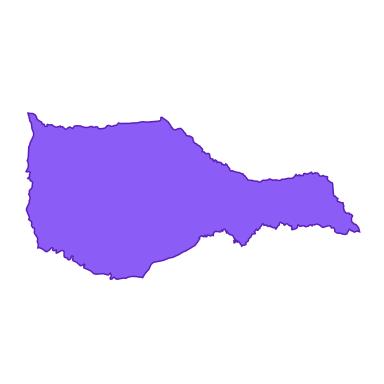 the district of Dbarwa, Debub, Eritrea, rotated 178°
{"feature_id": "51966322B75785084399425", "entity_name": "Dbarwa", "entity_type": "district", "adm_level": 2, "iso_a3": "ERI", "parent_name": "Eritrea", "parent_adm1": "Debub", "projection": "mercator", "projection_center": [38.641, 15.102], "detail": "fine", "context": "isolated", "style": "filled", "palette": "violet", "viewbox_px": 384, "rotation_deg": 178, "n_neighbors": 0, "source": "geoboundaries", "source_scale": "gbopen_adm2", "svg_char_len": 6053}
<svg xmlns="http://www.w3.org/2000/svg" viewBox="0 0 384 384"><g transform="rotate(178 192 192)"><path d="M213.5,263.0L219.3,267.6L219.9,267.7L220.5,267.5L220.6,265.6L220.9,264.8L222.5,264.0L234.7,263.4L239.1,264.0L245.1,262.9L248.4,263.1L252.2,262.7L261.0,263.0L263.1,263.5L264.9,261.4L267.3,261.1L269.8,260.3L273.0,261.5L274.0,261.3L274.7,261.0L276.4,259.2L277.3,258.8L280.9,258.4L283.5,258.7L283.8,259.8L284.4,260.4L285.9,260.5L288.0,259.9L289.5,261.0L291.7,260.9L293.4,260.1L297.8,260.4L301.1,261.9L305.2,262.2L307.1,262.0L309.1,259.7L312.1,261.3L313.7,260.5L314.9,259.3L315.9,259.1L316.5,259.3L319.4,262.0L321.0,261.5L321.4,261.8L321.5,262.5L324.4,261.6L326.2,261.7L328.4,262.9L329.8,264.2L331.8,263.9L334.0,264.6L334.5,264.3L334.6,262.7L335.0,262.5L337.1,263.1L337.4,264.8L339.3,265.1L339.6,265.7L339.5,266.6L340.1,267.3L342.5,268.6L344.5,270.4L344.7,272.1L346.1,274.7L348.5,276.0L351.5,276.2L353.1,276.7L353.1,275.4L352.2,273.6L352.4,272.6L351.7,270.3L351.7,268.8L350.2,266.6L349.7,260.7L348.5,257.6L348.2,255.0L348.6,253.4L352.0,246.8L352.6,244.4L353.6,242.8L354.4,232.4L354.9,230.4L355.6,229.2L354.6,226.6L354.7,222.4L357.1,218.2L355.9,217.8L354.1,218.2L353.0,217.1L353.9,214.8L353.7,213.3L353.9,212.8L355.1,212.1L355.6,211.2L353.4,210.4L353.2,209.8L353.3,208.9L351.6,208.2L351.0,207.1L351.6,202.5L352.3,201.1L354.1,199.6L354.6,198.4L354.4,196.6L355.2,195.8L355.2,195.4L354.1,192.6L354.0,191.4L355.0,188.8L355.0,187.0L357.9,181.3L358.1,179.3L357.1,177.4L357.0,176.5L355.3,172.6L356.2,170.2L353.3,167.8L353.5,163.9L352.4,161.9L350.8,161.3L350.7,158.6L351.1,157.3L350.8,156.1L347.7,151.0L348.4,147.7L347.6,145.9L347.5,144.5L348.0,141.5L346.5,141.7L344.9,141.0L342.1,139.3L340.5,137.7L339.2,137.4L336.8,138.8L334.5,141.1L333.5,141.2L332.9,140.5L333.3,138.9L332.7,138.3L331.8,138.2L329.6,138.6L329.9,135.8L329.5,135.6L328.6,135.9L324.9,137.9L323.3,138.0L322.4,137.6L321.9,136.8L322.1,132.5L321.7,131.4L320.6,130.8L319.2,130.6L318.7,129.3L317.3,128.4L315.8,129.4L314.4,132.3L313.3,132.0L313.0,131.1L313.7,129.1L313.4,127.6L309.5,125.6L306.4,122.4L305.3,122.2L302.3,123.7L301.6,122.7L302.7,121.7L302.8,120.1L295.9,116.7L293.1,113.9L290.7,113.2L283.8,113.5L278.9,112.0L278.1,112.2L277.3,113.3L276.3,113.6L275.6,111.5L276.0,109.9L276.9,108.8L276.5,107.7L275.1,107.8L274.2,108.7L272.8,109.5L271.2,107.9L269.4,107.3L267.8,107.8L262.8,108.4L261.3,108.0L258.6,109.2L255.3,109.7L251.0,109.5L247.7,108.8L245.9,108.7L244.3,108.1L242.0,111.8L237.8,116.3L235.4,121.1L233.1,123.0L222.9,124.7L217.1,126.8L213.4,127.4L207.4,129.9L202.8,132.5L200.3,133.3L190.9,138.5L187.1,143.2L186.6,144.5L185.9,145.0L186.4,146.3L184.1,147.9L181.7,146.8L181.1,148.0L180.1,148.2L180.0,147.1L179.4,146.6L178.9,146.8L177.7,148.5L175.3,147.5L174.3,147.6L173.5,148.3L172.3,147.7L171.8,150.2L170.7,151.5L169.8,151.8L164.8,151.1L163.9,152.7L162.7,151.8L162.3,153.1L160.8,153.7L160.2,153.6L159.7,151.8L158.4,151.5L159.1,150.2L158.8,149.8L157.4,149.8L156.9,149.1L155.4,147.9L153.7,147.7L152.6,146.8L151.4,144.2L150.7,143.6L150.8,143.1L151.9,141.9L151.7,141.4L151.8,139.8L151.1,139.7L150.2,140.9L150.0,142.0L149.7,142.3L149.3,142.0L149.2,140.8L148.5,140.3L147.8,141.3L147.0,140.9L146.7,140.0L145.8,139.3L145.6,138.4L144.8,137.6L144.2,136.1L142.8,137.1L141.2,137.1L140.0,137.6L139.9,138.3L140.1,139.6L137.5,141.0L137.1,142.9L134.6,145.2L133.5,147.8L130.3,148.1L130.1,148.4L131.1,150.2L129.7,151.4L129.3,152.5L129.1,152.6L128.0,151.4L127.5,151.4L126.6,152.9L125.5,153.1L125.2,154.6L124.0,155.6L122.5,157.9L121.5,157.1L121.2,156.2L118.8,156.4L118.1,155.4L116.5,154.9L114.8,155.5L114.3,154.3L113.4,154.2L112.2,153.5L110.3,153.4L109.9,152.3L109.4,152.0L107.3,155.1L105.9,156.1L105.8,157.8L104.7,158.7L103.6,157.9L101.6,157.2L101.3,156.0L100.7,155.6L98.9,156.8L98.1,156.9L97.5,156.7L96.3,155.3L94.7,154.5L93.8,154.8L93.8,153.7L93.4,152.8L93.7,151.2L93.2,150.8L89.6,151.7L88.3,152.5L87.9,153.0L87.5,155.1L87.1,155.4L86.9,155.5L85.4,153.9L81.3,154.5L80.2,153.6L79.4,153.3L76.9,153.8L75.2,155.2L74.5,155.1L73.2,154.0L72.8,154.7L72.0,155.1L70.4,154.9L69.0,155.6L68.2,155.6L65.3,154.3L63.9,152.9L62.4,152.0L57.3,153.4L55.3,153.4L54.8,152.9L53.9,151.2L51.8,151.3L51.2,150.9L50.8,150.1L50.6,147.5L49.2,146.4L47.7,145.7L45.3,145.7L43.4,144.8L40.0,144.2L38.6,144.9L36.5,148.8L35.8,149.2L34.3,147.8L32.4,147.1L31.3,146.2L28.3,147.2L25.9,146.4L26.6,149.8L27.4,151.4L29.4,153.9L31.2,154.3L31.6,155.2L32.8,156.0L33.6,157.5L33.5,160.4L32.3,162.4L32.6,163.1L34.1,164.3L35.3,164.3L35.9,165.5L38.3,165.4L39.3,165.9L40.0,167.4L41.0,168.5L40.7,169.4L41.3,171.0L40.7,172.6L41.0,173.0L41.5,176.0L43.2,176.0L44.7,176.9L47.0,177.7L47.1,178.5L46.4,180.4L47.8,181.2L48.8,182.7L50.1,182.9L50.7,184.4L51.2,195.5L51.7,196.4L53.3,197.0L56.0,199.4L56.5,200.4L56.0,201.4L56.0,202.3L56.5,202.7L58.4,202.8L60.5,203.9L61.0,203.9L61.9,203.1L63.9,203.7L65.1,205.8L65.7,206.4L68.3,206.9L70.5,205.9L71.0,206.1L71.8,207.6L76.3,205.8L78.6,206.7L79.7,206.3L80.4,204.7L80.9,204.5L82.2,204.8L83.1,204.4L83.4,205.1L84.1,205.4L86.1,204.5L87.4,205.9L89.6,203.3L91.4,202.2L95.6,202.3L99.7,201.5L101.8,201.6L103.5,200.4L106.1,200.7L107.3,201.3L108.6,200.9L110.1,201.2L110.9,200.8L111.6,201.4L114.3,202.4L116.0,201.1L116.9,201.4L118.6,201.1L120.7,201.3L123.9,199.4L124.9,199.6L126.0,200.5L129.5,200.8L131.4,201.5L135.5,201.9L138.7,206.4L139.7,206.8L140.2,208.1L140.9,208.6L141.9,208.5L143.8,209.7L145.7,210.0L149.3,211.0L150.2,211.7L152.6,211.8L153.2,212.2L153.7,214.3L155.4,216.3L155.9,217.7L157.2,218.9L157.5,218.2L158.2,217.9L159.4,218.0L160.3,218.7L161.1,218.4L161.4,218.7L161.4,219.7L161.8,220.3L164.2,221.0L165.9,220.6L166.0,222.0L167.5,223.2L168.1,223.0L168.4,221.9L169.4,222.0L169.8,222.6L169.9,224.1L172.6,225.0L173.2,229.3L174.4,230.0L176.7,229.8L178.5,231.5L180.5,232.1L179.9,233.9L180.5,235.2L181.6,236.1L182.6,237.6L184.0,238.3L186.0,240.0L188.0,241.0L189.1,243.7L189.3,245.7L190.0,246.6L192.6,248.1L194.5,248.2L195.6,248.7L196.8,251.1L197.9,252.0L198.3,253.1L200.9,255.9L203.7,255.8L206.0,254.7L208.3,255.2L209.4,256.2L209.6,257.1L210.6,257.6L210.9,259.0L213.5,263.0Z" fill="#8b5cf6" stroke="#5b21b6" stroke-width="1.5"/></g></svg>